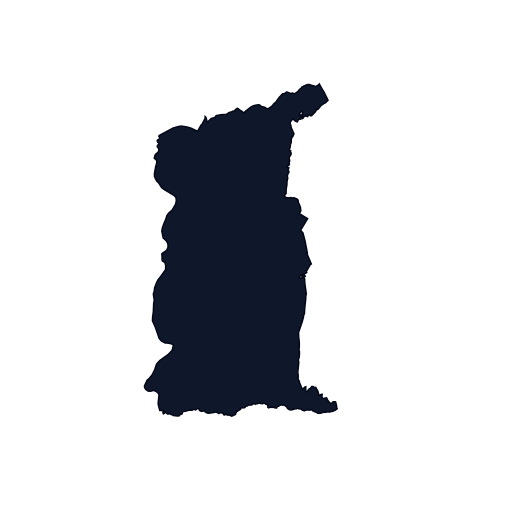 Parscov, Buzau, Romania (Robinson projection), rotated 116°
{"feature_id": "2599482B35327371423245", "entity_name": "Parscov", "entity_type": "district", "adm_level": 2, "iso_a3": "ROU", "parent_name": "Romania", "parent_adm1": "Buzau", "projection": "robinson", "projection_center": [26.534, 45.302], "detail": "fine", "context": "isolated", "style": "filled", "palette": "ink", "viewbox_px": 512, "rotation_deg": 116, "n_neighbors": 0, "source": "geoboundaries", "source_scale": "gbopen_adm2", "svg_char_len": 6142}
<svg xmlns="http://www.w3.org/2000/svg" viewBox="0 0 512 512"><g transform="rotate(116 256 256)"><path d="M437.0,274.8L435.6,271.5L437.8,270.9L438.4,270.0L437.5,269.3L436.0,269.3L436.8,266.2L436.4,265.4L435.4,264.3L435.7,262.8L435.4,261.5L435.6,260.4L434.3,256.6L433.6,255.4L432.9,254.7L431.3,255.0L430.9,254.6L430.8,253.4L429.6,253.3L428.9,253.6L427.7,253.2L426.1,250.9L424.5,249.3L423.3,247.3L422.7,245.8L422.0,245.5L420.8,244.3L421.0,243.2L420.8,242.8L418.7,241.7L418.1,240.7L419.3,239.5L419.7,238.0L419.3,236.5L418.3,235.4L417.9,234.0L418.4,233.4L418.6,231.4L418.0,229.4L417.4,228.8L417.3,228.3L415.7,226.3L415.4,225.5L414.4,224.7L413.7,222.8L413.9,220.3L412.5,219.5L412.0,217.6L411.6,217.0L411.7,216.5L412.2,216.3L412.9,214.9L411.4,213.5L411.6,212.1L411.1,211.5L410.6,209.1L410.6,207.6L407.7,205.2L406.9,205.0L405.9,205.4L405.0,205.1L404.2,205.5L403.7,204.5L402.4,204.3L401.7,203.4L400.4,202.7L399.6,203.0L399.1,202.8L397.4,199.8L396.4,199.4L395.5,199.3L394.8,198.3L392.9,197.0L392.6,195.9L391.6,194.4L390.3,193.8L389.6,193.2L389.5,191.6L388.5,190.7L388.1,189.9L387.1,189.0L386.5,187.9L386.6,187.2L386.2,186.8L386.1,185.5L385.0,184.8L384.5,183.5L384.9,182.4L384.6,180.6L385.2,180.1L385.4,179.3L386.5,179.3L386.8,179.1L387.0,178.2L385.8,177.0L384.8,174.8L384.3,174.1L384.3,172.9L383.6,170.8L381.8,170.8L381.1,169.8L380.1,169.3L378.8,168.2L378.4,166.7L377.8,166.6L377.9,166.1L377.6,165.5L377.9,165.1L377.7,164.0L378.1,163.1L378.2,162.1L379.1,161.0L379.0,160.7L379.4,160.0L379.3,159.5L379.5,158.7L379.4,157.9L378.4,156.1L376.2,153.9L375.7,152.8L374.5,151.8L374.6,150.4L374.1,149.8L374.0,148.6L374.2,146.4L374.0,144.7L373.2,144.2L372.0,142.7L371.0,140.2L369.8,138.7L369.7,138.4L370.3,137.3L370.2,134.2L369.8,133.5L370.3,131.8L370.0,130.8L368.7,128.6L367.1,127.2L366.1,125.2L364.4,122.8L364.2,121.7L362.9,120.4L362.2,119.2L359.9,117.2L357.7,116.1L356.8,117.0L354.4,118.6L352.2,120.6L353.0,122.4L353.4,122.9L354.6,123.1L355.9,124.2L355.3,126.0L354.1,128.5L352.5,130.4L353.9,132.2L354.9,132.7L354.8,133.2L353.8,135.0L351.3,135.9L351.8,136.7L353.7,138.3L350.2,141.3L347.9,144.8L348.4,145.4L348.6,146.1L348.3,147.4L348.6,147.9L348.6,148.4L348.9,148.7L350.9,149.0L352.4,150.0L353.4,150.3L355.2,150.4L355.9,150.9L356.0,151.4L355.4,152.0L353.4,153.2L351.7,153.9L352.1,154.4L353.0,154.9L355.7,155.7L350.1,162.1L349.5,162.2L348.4,164.1L347.9,164.6L347.3,164.5L345.7,165.3L344.1,166.1L342.6,167.3L335.6,169.9L335.7,170.3L334.7,170.6L334.5,170.3L332.5,171.1L330.9,172.4L328.1,172.8L325.0,174.0L322.8,175.1L321.4,176.3L318.5,177.3L314.5,179.3L310.3,182.0L306.2,184.2L295.2,185.6L289.8,186.6L289.0,187.1L286.6,187.2L282.1,189.1L272.5,192.6L270.2,193.7L268.1,194.1L260.1,199.5L256.2,201.8L255.3,202.1L254.3,203.9L256.8,206.8L255.3,208.0L254.0,207.1L253.3,207.5L252.3,206.0L252.7,205.8L254.1,205.8L255.0,205.1L253.8,203.6L252.8,202.8L252.0,203.9L251.5,205.3L249.7,203.7L248.6,203.2L248.1,204.0L240.3,203.5L238.9,202.8L232.4,210.3L230.5,211.4L221.0,218.5L214.7,223.9L213.3,227.2L199.8,226.0L198.9,235.7L195.8,235.5L192.8,237.4L190.0,240.4L189.3,241.5L188.0,242.2L187.1,243.0L186.8,244.4L187.0,247.5L187.8,248.3L188.2,250.3L189.5,252.2L190.1,254.4L190.8,255.1L188.7,257.1L186.8,256.3L182.9,258.1L177.7,259.7L176.1,260.6L172.1,261.6L170.4,262.9L168.3,263.3L166.3,263.2L165.4,263.6L165.2,264.6L164.9,264.9L162.4,265.1L162.6,266.3L162.6,267.1L162.4,267.4L161.7,267.3L160.3,266.3L159.0,266.1L157.7,267.0L155.6,267.5L153.6,269.1L152.7,269.4L149.6,269.0L148.1,269.5L147.4,270.7L146.4,271.0L146.8,271.5L146.8,271.9L145.1,272.8L143.6,272.9L140.5,274.0L138.9,274.0L135.1,275.6L134.0,275.7L132.1,275.3L129.5,275.5L125.1,280.7L123.6,281.7L121.6,283.6L121.0,283.9L118.3,283.5L116.1,282.6L117.2,281.2L117.5,279.6L117.4,277.7L117.1,277.6L115.1,277.8L114.4,277.1L113.6,277.1L113.4,276.8L113.6,276.1L113.2,275.6L111.7,276.0L109.4,277.4L110.7,278.1L109.7,278.9L108.4,279.4L106.1,278.5L106.1,277.4L111.8,274.3L111.5,274.1L109.4,274.0L109.0,273.2L108.2,272.5L108.1,270.7L106.7,270.7L106.1,270.5L105.8,269.5L106.1,268.8L106.0,268.1L104.9,267.3L100.2,265.8L98.2,265.8L97.0,264.6L92.2,263.5L88.9,261.6L88.0,260.8L84.6,259.5L84.2,259.8L78.7,266.9L77.5,269.0L73.6,274.5L75.0,274.9L77.8,276.9L77.6,278.7L78.3,280.6L78.4,283.1L79.5,285.1L82.5,287.7L84.2,288.9L85.5,288.9L86.9,289.8L89.9,290.5L93.0,292.2L93.3,292.7L93.5,294.6L94.8,296.1L95.0,300.1L95.2,300.4L97.7,301.7L98.5,303.2L103.2,304.7L109.3,305.7L111.2,306.7L113.9,307.2L118.1,309.4L118.8,311.0L118.5,313.2L119.2,317.1L118.7,318.8L118.7,319.5L119.9,321.5L121.8,323.9L124.1,325.8L130.5,328.9L131.8,329.3L132.4,329.1L132.5,330.7L132.1,332.4L131.9,334.9L131.3,336.9L131.4,337.5L132.6,338.3L135.1,339.1L136.2,340.5L136.8,340.8L139.1,343.3L141.1,344.2L142.0,345.2L144.2,349.2L147.2,353.2L148.1,353.6L149.3,353.5L152.1,356.6L156.8,358.2L156.5,359.0L153.3,361.8L153.0,362.8L154.5,362.1L155.1,362.1L161.4,362.3L162.6,362.8L169.5,363.2L169.6,370.8L170.2,374.2L171.8,379.7L173.3,382.1L177.3,386.6L189.1,395.1L190.1,395.8L190.9,395.9L191.8,394.5L193.0,394.2L193.7,394.3L194.9,395.3L195.5,395.5L196.9,394.0L197.5,392.0L199.4,392.9L200.6,392.9L201.2,392.5L202.0,390.8L203.3,389.7L205.6,389.5L208.7,390.9L209.9,390.9L212.6,390.4L213.7,387.1L215.2,386.3L216.8,385.8L219.5,385.4L226.5,383.4L228.8,382.2L230.6,380.3L232.2,378.0L233.1,375.3L235.9,370.8L236.5,367.8L237.5,356.3L238.5,353.6L241.1,351.9L244.6,351.0L251.5,351.5L255.7,353.3L259.0,353.8L262.4,353.2L266.1,353.1L271.8,352.5L275.0,351.5L280.5,347.3L281.6,343.5L283.0,341.2L285.3,339.5L287.5,338.8L290.4,338.9L293.9,341.0L295.4,341.6L298.2,339.9L300.3,339.0L301.5,337.9L301.8,335.3L302.4,334.4L304.7,332.7L308.0,331.3L317.2,332.9L320.2,333.6L322.8,333.7L329.1,333.2L332.3,332.0L335.2,331.6L340.3,328.1L343.2,327.3L351.0,323.9L356.6,322.0L359.7,320.6L364.1,315.3L372.6,306.8L373.9,303.6L374.0,299.5L373.0,297.2L372.1,294.0L372.0,291.9L372.6,291.1L377.1,290.1L378.5,290.3L382.8,291.7L392.0,296.6L396.2,297.9L397.8,297.9L402.5,297.2L408.4,297.3L413.2,298.4L415.2,299.4L421.5,299.3L422.6,298.8L423.7,297.6L424.3,296.4L424.7,293.6L423.8,291.5L421.7,289.2L421.5,286.3L422.3,283.4L423.4,282.3L431.3,279.4L432.9,278.3L437.0,274.8Z" fill="#0f172a" stroke="#020617" stroke-width="1.5"/></g></svg>